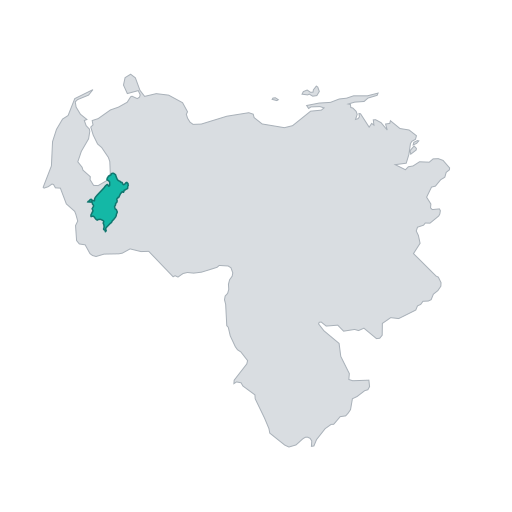 location of Mérida within Venezuela, rotated 353°
{"feature_id": "VEN-27", "entity_name": "Mérida", "entity_type": "State", "adm_level": 1, "iso_a3": "VEN", "parent_name": "Venezuela", "parent_adm1": "", "projection": "robinson", "projection_center": [-71.244, 8.52], "detail": "fine", "context": "in_parent", "style": "filled", "palette": "teal", "viewbox_px": 512, "rotation_deg": 353, "n_neighbors": 0, "source": "natural_earth", "source_scale": "10m", "svg_char_len": 7185}
<svg xmlns="http://www.w3.org/2000/svg" viewBox="0 0 512 512"><g transform="rotate(353 256 256)"><path d="M453.3,183.9L458.9,192.2L458.4,194.1L455.0,196.1L453.0,200.8L448.6,202.8L442.6,208.5L438.6,209.0L432.5,218.4L435.9,225.7L435.1,229.5L436.6,231.4L443.8,231.6L444.5,233.5L443.6,236.6L442.3,238.5L432.7,244.6L428.0,243.9L426.1,245.8L419.8,247.1L418.1,250.7L419.7,255.5L420.4,263.4L412.6,272.8L432.3,297.9L434.4,299.2L436.4,305.0L435.8,308.5L432.3,312.5L427.4,315.5L424.5,320.7L421.5,321.7L416.2,321.3L413.6,324.1L410.2,325.2L408.0,329.1L390.0,335.5L382.2,333.6L373.2,338.3L371.6,350.0L368.8,352.7L365.5,352.7L354.3,340.8L348.7,342.5L344.9,340.9L333.8,341.3L328.7,334.6L317.1,334.1L312.7,329.5L310.7,329.5L309.8,331.0L314.3,338.5L327.8,352.9L327.9,366.0L334.3,384.1L333.1,389.9L336.8,391.6L352.9,393.0L352.8,399.5L350.7,402.4L347.5,402.9L339.2,407.8L334.3,409.4L331.1,420.0L328.4,423.1L325.5,425.6L320.0,425.7L312.6,432.5L310.0,432.3L303.7,435.7L293.7,445.6L290.3,451.6L287.8,451.7L288.8,446.4L287.5,443.6L285.1,442.1L282.9,441.9L280.1,443.2L272.7,448.4L265.4,449.6L261.5,447.2L248.1,433.5L247.8,428.9L244.7,417.9L237.8,397.6L238.0,393.7L227.2,383.5L225.7,380.0L221.3,378.6L218.5,380.0L219.2,376.6L233.7,362.0L234.9,358.8L229.3,349.4L226.2,346.8L224.4,343.5L220.7,332.1L219.8,323.4L218.5,321.6L220.0,300.3L219.4,295.6L220.5,292.0L223.3,289.6L224.9,285.8L225.2,280.7L226.9,276.4L229.9,273.1L230.9,269.9L229.7,264.6L227.1,262.5L218.3,260.9L215.9,262.5L199.9,265.4L192.0,265.4L185.9,264.0L181.4,264.5L176.0,267.4L173.3,265.7L171.2,266.5L150.1,238.3L142.4,237.6L131.9,233.6L123.6,236.9L120.1,237.1L105.4,235.6L97.2,237.0L93.8,235.6L91.5,233.4L87.8,224.1L82.1,222.5L79.8,218.8L80.6,203.8L83.3,199.6L82.3,192.8L81.5,189.6L74.1,181.2L70.1,164.8L65.2,163.9L63.8,160.4L62.3,159.7L58.2,161.9L53.9,162.8L53.1,161.9L63.9,141.7L68.0,117.7L73.4,106.0L80.7,96.5L86.6,93.7L95.3,77.7L114.4,71.0L109.4,75.9L98.0,79.0L95.4,81.0L95.6,86.3L99.0,93.9L104.8,99.9L102.1,100.6L103.3,106.0L106.1,109.7L106.2,112.1L104.1,119.3L95.4,130.8L90.6,140.8L94.2,146.7L94.7,149.7L101.2,157.1L100.6,160.0L103.4,166.1L107.9,166.9L116.7,163.1L121.4,156.7L122.4,144.5L121.5,140.2L116.1,129.6L112.4,125.5L109.2,116.3L107.7,107.9L110.2,106.0L109.9,101.6L116.1,100.4L129.3,93.3L137.6,91.5L146.9,87.7L151.0,82.7L152.4,82.3L157.3,85.3L159.7,84.2L160.7,82.0L159.3,77.5L148.1,79.1L145.3,70.2L147.8,63.0L153.7,60.3L158.0,64.5L161.0,77.4L164.9,84.0L176.8,82.7L188.9,85.7L201.8,94.9L205.6,104.5L204.1,106.9L204.9,111.0L206.8,115.1L209.6,117.7L217.7,118.4L244.1,113.7L266.3,112.9L270.5,114.9L271.0,118.4L278.2,125.7L299.8,132.1L308.2,131.1L327.9,118.9L338.6,119.2L341.6,117.3L337.7,115.5L328.8,114.7L326.2,116.0L324.6,112.8L337.3,111.9L348.6,112.6L357.8,110.3L365.1,110.4L372.4,108.9L386.1,110.6L397.0,109.2L395.8,111.3L386.4,112.9L382.1,115.8L372.7,115.3L366.1,116.4L368.2,117.2L368.2,120.2L370.1,120.9L373.0,124.6L373.7,127.7L371.4,132.6L374.1,132.1L375.6,130.5L375.6,127.1L377.1,127.6L384.0,141.9L387.0,138.5L389.0,140.5L389.0,135.2L391.3,135.3L396.4,138.9L401.6,147.0L400.7,140.8L404.9,140.7L405.9,138.1L414.4,147.0L423.3,149.6L429.9,156.2L428.5,159.6L424.6,161.2L423.0,163.3L420.1,173.9L416.4,182.2L405.3,182.3L414.8,188.6L418.1,186.0L422.8,185.8L429.8,182.4L439.4,184.0L443.6,181.2L448.8,181.6L453.3,183.9ZM337.9,95.9L338.9,100.4L335.9,104.2L331.8,104.3L328.6,101.8L326.9,102.4L321.4,101.0L323.0,98.6L327.0,97.5L330.1,100.2L332.6,100.3L333.2,98.1L336.6,94.7L337.9,95.9ZM427.9,170.3L422.0,173.8L421.7,170.3L426.3,166.1L428.3,168.7L427.9,170.3ZM297.2,103.6L295.6,104.3L291.1,102.5L292.1,101.3L294.5,101.3L297.2,103.6ZM429.1,163.8L425.5,164.9L426.5,162.4L430.3,161.1L431.6,161.6L429.1,163.8Z" fill="#d9dde1" stroke="#a8b0b8" stroke-width="1"/><path d="M117.4,162.2L117.8,160.6L118.4,160.1L119.1,159.0L119.4,158.7L119.7,158.6L120.5,158.5L120.7,158.4L120.9,158.2L121.1,158.1L121.4,158.0L121.8,157.9L122.1,157.4L122.2,157.0L122.5,156.8L123.0,156.5L123.5,156.4L124.0,156.5L124.5,156.5L124.8,156.6L125.1,156.9L125.7,157.5L126.2,157.9L126.5,158.2L126.6,158.9L127.0,160.8L127.2,161.5L127.3,162.0L127.5,162.6L128.1,163.8L128.4,164.2L129.4,164.9L129.7,165.1L129.8,165.1L130.0,165.2L130.3,165.4L130.7,166.3L131.0,166.4L131.1,166.5L131.6,166.4L132.0,166.7L132.2,167.0L132.3,167.6L132.6,168.3L132.7,168.6L132.9,168.8L133.1,169.0L133.4,169.1L133.7,169.0L134.7,168.5L135.7,167.5L135.8,167.5L136.1,167.3L136.4,167.2L136.6,167.2L136.9,167.3L137.0,168.0L137.3,168.1L137.5,168.1L137.7,168.4L137.8,168.6L137.7,169.0L137.7,169.6L137.9,170.1L137.3,171.1L137.1,171.6L136.9,173.0L136.7,173.4L136.1,173.6L135.5,173.8L135.0,174.0L134.5,174.3L134.2,174.5L133.8,174.5L133.6,174.5L133.4,174.5L133.2,174.7L133.1,174.8L133.0,175.1L132.8,175.7L132.6,176.2L132.4,176.4L132.3,176.5L132.2,176.6L131.8,176.5L131.7,176.4L131.6,176.1L131.4,175.9L130.9,176.0L129.9,177.0L129.2,177.5L128.9,177.9L128.6,178.4L128.4,178.7L127.2,180.7L126.7,181.3L126.4,181.3L126.2,181.1L126.0,181.3L125.3,181.9L125.1,182.1L124.9,182.4L124.8,182.7L124.7,182.9L124.7,183.1L124.7,183.3L124.8,183.6L124.9,184.0L124.9,184.3L124.8,184.6L124.6,185.3L124.4,185.7L124.2,185.9L123.5,186.4L123.2,186.8L123.0,187.0L122.9,187.2L122.9,187.8L122.8,188.2L122.7,188.4L122.6,188.5L121.9,189.3L121.7,189.5L121.7,189.8L121.7,190.7L121.7,191.1L121.8,191.4L122.0,192.1L122.1,192.3L122.3,192.5L122.7,192.6L122.8,192.7L122.9,192.8L123.0,193.1L123.2,193.4L123.3,194.2L123.4,194.4L123.6,194.9L123.6,195.1L123.6,195.6L123.5,195.9L123.3,196.3L123.1,196.5L122.5,197.6L122.2,198.9L121.3,200.3L118.9,202.7L117.8,203.4L117.5,203.8L116.8,204.9L116.4,205.2L116.1,205.5L115.3,205.9L111.1,209.3L110.1,210.5L110.1,211.3L110.4,212.3L110.3,212.7L110.1,213.0L109.9,213.2L109.5,213.4L109.3,212.4L109.1,212.0L109.0,211.8L108.9,211.7L108.3,211.3L108.1,211.2L108.0,210.8L108.0,210.6L108.5,209.5L108.8,208.8L108.8,208.4L108.8,206.5L108.6,205.6L108.4,205.2L108.4,204.5L109.0,203.6L109.1,203.1L108.8,202.4L106.3,200.7L105.5,200.6L105.3,200.6L104.9,200.5L104.7,200.6L104.4,200.7L104.2,200.7L103.9,200.5L103.6,200.5L103.4,200.6L103.2,200.7L103.1,200.8L102.9,201.0L102.7,200.9L102.4,200.8L101.7,200.1L101.4,199.7L100.1,197.4L99.4,196.8L99.1,196.6L98.5,196.6L97.2,196.8L97.1,196.6L97.0,196.4L97.0,196.2L97.1,195.7L97.3,194.9L97.4,194.7L98.2,193.7L98.6,192.9L98.7,192.6L99.2,192.4L99.3,192.2L99.7,191.1L99.1,189.1L100.7,187.0L100.8,186.6L100.9,186.2L100.8,185.6L100.7,185.5L100.2,184.7L100.0,184.4L100.0,183.3L99.9,183.2L99.7,182.8L99.5,182.6L99.3,182.5L95.7,181.8L95.9,181.5L96.3,181.2L96.7,181.1L97.0,181.0L97.2,180.9L97.6,180.6L97.9,180.2L98.0,180.1L98.3,179.8L98.5,179.7L99.0,179.7L99.3,179.7L99.5,179.7L99.6,179.8L99.8,180.0L100.0,180.3L100.0,180.5L99.9,180.9L99.8,181.2L99.7,181.4L99.8,181.5L100.2,181.4L100.7,181.2L101.0,181.2L101.4,181.2L101.6,181.2L101.7,181.3L101.9,181.5L102.1,181.6L102.4,181.4L102.8,179.7L103.2,178.9L103.8,178.1L105.7,176.3L113.6,169.7L114.5,168.7L115.1,168.1L115.6,167.8L116.1,167.4L116.7,167.0L117.2,166.9L117.4,167.1L117.7,167.5L118.0,167.9L118.0,168.3L118.2,168.7L118.4,168.8L118.8,168.6L119.3,168.2L119.5,167.4L119.6,166.5L119.6,166.0L119.7,165.5L119.7,164.7L119.6,164.2L119.1,163.7L118.5,163.1L118.2,162.9L117.8,162.4L117.4,162.2L117.4,162.2Z" fill="#14b8a6" stroke="#0f766e" stroke-width="1.5"/></g></svg>